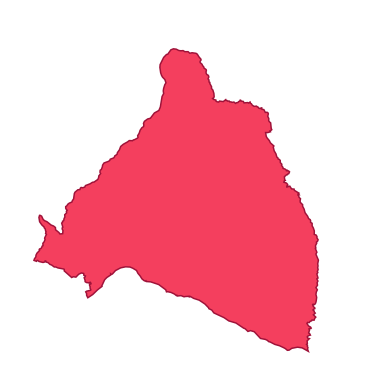 outline of Bantaeng, Sulawesi Selatan, Indonesia, rotated 11°
{"feature_id": "22746128B71175962379658", "entity_name": "Bantaeng", "entity_type": "district", "adm_level": 2, "iso_a3": "IDN", "parent_name": "Indonesia", "parent_adm1": "Sulawesi Selatan", "projection": "albers", "projection_center": [119.991, -5.472], "detail": "fine", "context": "isolated", "style": "filled", "palette": "rose", "viewbox_px": 384, "rotation_deg": 11, "n_neighbors": 0, "source": "geoboundaries", "source_scale": "gbopen_adm2", "svg_char_len": 5963}
<svg xmlns="http://www.w3.org/2000/svg" viewBox="0 0 384 384"><g transform="rotate(11 192 192)"><path d="M165.5,55.3L163.3,56.2L161.4,55.0L158.2,55.6L156.2,54.9L154.2,55.5L152.0,55.6L149.3,54.8L146.4,55.0L144.1,56.5L141.9,61.4L140.7,61.9L138.5,65.3L136.4,73.0L136.7,75.8L138.5,81.0L139.9,83.4L141.2,84.9L143.9,86.8L145.6,89.8L144.8,92.0L144.4,95.8L144.5,98.3L145.4,100.8L144.4,103.9L144.7,114.6L143.9,118.3L140.0,121.6L137.1,127.5L134.5,128.8L131.8,131.7L131.3,134.0L131.9,135.3L132.0,137.0L130.5,138.5L129.3,141.3L128.9,144.5L127.9,147.1L128.6,148.7L128.3,149.4L125.6,151.6L124.5,152.1L123.8,153.0L120.6,153.5L119.2,155.1L115.5,158.2L113.3,160.9L112.7,164.5L111.3,167.5L111.2,169.4L109.3,171.3L109.2,172.3L108.6,173.5L105.5,175.4L105.2,176.8L104.2,177.8L100.1,180.3L99.1,182.7L99.2,184.4L98.7,187.2L97.7,188.2L97.9,190.2L98.8,191.3L97.4,194.1L97.6,195.2L97.3,197.3L96.7,198.1L94.0,200.9L92.4,201.5L90.4,203.4L86.2,206.0L85.8,207.6L83.9,208.7L82.3,208.7L81.7,209.5L81.5,211.0L79.5,211.6L77.2,214.5L76.8,216.0L77.1,221.3L76.2,223.4L76.0,224.8L73.7,226.3L72.5,227.6L71.7,229.5L70.8,230.4L71.1,232.0L72.2,233.4L73.0,233.7L72.4,235.1L72.9,236.4L71.4,238.6L72.0,240.9L71.5,242.3L71.5,244.6L70.5,245.4L70.7,246.3L70.0,247.4L71.9,251.2L71.4,252.2L71.9,253.6L72.7,254.4L73.0,257.6L70.4,258.4L69.0,257.1L65.3,255.1L64.7,252.9L62.6,251.8L60.0,251.3L55.2,248.8L52.8,248.3L51.1,247.3L49.0,244.4L47.5,243.9L46.8,244.0L46.6,246.2L48.1,250.3L50.9,253.0L53.5,254.6L53.8,255.4L54.8,256.0L55.9,258.5L56.3,258.8L56.2,260.7L57.2,261.3L56.2,265.0L56.2,265.7L56.8,266.5L56.4,269.0L55.4,270.8L56.0,273.1L55.3,273.6L54.9,275.5L54.2,276.6L53.2,277.0L53.0,277.7L53.5,278.5L51.5,281.6L50.9,283.8L51.1,285.5L50.1,287.6L49.9,289.3L52.6,289.7L52.8,288.9L53.6,288.6L55.1,289.4L59.2,289.6L61.2,288.6L61.0,287.7L61.6,287.6L62.4,288.6L64.3,288.8L66.4,290.2L68.0,290.4L71.1,291.9L72.7,291.6L74.8,292.1L80.9,292.1L81.4,292.4L81.6,293.8L90.2,298.9L91.7,297.8L94.3,297.7L96.5,294.3L98.9,292.6L101.2,292.6L101.8,294.5L103.4,294.8L103.2,295.9L102.5,296.7L103.8,298.9L104.2,300.4L105.6,301.0L108.0,300.9L109.3,300.0L110.3,300.9L110.2,301.7L109.0,302.0L109.3,303.3L110.2,304.6L110.2,305.7L111.2,307.0L111.2,307.8L107.4,309.5L106.7,310.3L107.9,311.8L108.3,313.6L109.9,315.7L114.1,311.6L118.0,306.0L121.7,301.8L121.4,301.3L123.0,294.8L124.7,292.2L128.1,288.9L127.8,287.9L128.5,288.3L129.5,287.7L131.9,283.7L136.4,280.1L141.1,278.1L145.5,277.5L148.4,278.1L152.5,279.6L154.5,282.2L157.1,284.3L159.4,286.8L161.8,288.1L163.2,288.4L163.7,287.9L164.3,288.6L168.6,288.1L177.0,289.2L184.9,293.0L186.0,294.9L187.2,294.5L190.6,294.6L194.2,295.5L196.3,296.6L196.8,296.2L197.4,296.9L201.0,295.8L204.1,296.4L204.2,297.0L204.2,296.4L205.3,295.9L209.4,294.8L209.9,295.1L209.4,295.4L210.4,295.5L210.0,295.3L210.0,294.9L210.5,294.9L213.9,296.1L219.7,296.8L226.1,299.5L230.4,302.5L230.8,303.3L233.9,304.1L236.5,306.5L247.4,309.2L252.7,311.5L260.1,312.2L268.7,315.8L270.3,316.1L273.5,318.2L275.9,316.9L279.8,317.3L287.2,322.7L292.2,322.7L294.1,323.2L296.0,324.3L297.2,324.3L302.4,325.8L307.2,326.2L311.6,327.3L313.5,327.9L315.8,329.2L317.5,328.7L319.8,326.4L325.2,324.2L329.9,324.0L336.6,326.2L335.4,324.2L335.5,322.6L334.7,321.6L334.6,320.5L333.5,319.7L334.2,318.9L333.4,316.2L335.2,313.5L333.5,313.4L332.8,312.3L332.9,311.7L334.5,310.3L335.5,309.9L334.5,308.6L333.4,308.1L333.7,305.1L332.9,304.1L333.4,303.6L334.7,303.4L335.0,302.9L334.2,302.0L331.9,301.2L329.9,299.1L330.3,298.0L331.9,297.9L332.5,296.6L334.0,295.6L334.2,294.8L336.3,294.5L336.6,292.6L337.4,291.2L334.6,289.4L336.1,287.4L334.9,286.4L334.6,285.5L333.3,284.7L333.9,283.7L334.8,283.1L334.8,282.5L332.9,281.2L331.9,279.6L332.3,279.0L333.2,279.4L334.0,278.8L334.6,277.3L334.7,275.4L334.5,271.7L333.2,268.9L333.1,266.5L333.7,264.1L331.9,262.2L333.0,259.5L332.1,257.2L332.6,255.4L331.2,253.6L331.2,253.1L332.1,252.4L330.2,248.6L330.9,247.1L330.2,246.1L330.6,244.1L329.8,242.3L329.8,240.5L329.1,238.6L329.1,234.8L325.7,229.7L325.5,229.0L326.1,227.3L323.9,224.0L324.3,223.3L323.8,222.6L323.5,220.9L324.2,218.4L323.7,217.5L324.7,216.2L324.9,214.8L323.4,213.2L323.2,211.9L322.1,210.6L320.1,210.3L319.5,206.9L318.0,204.2L316.4,202.3L315.9,199.8L314.2,199.2L313.9,197.5L313.3,196.6L311.5,195.8L310.1,193.7L306.9,190.7L305.3,187.4L303.3,184.9L303.0,183.3L300.3,181.5L299.8,180.1L299.8,177.9L298.1,176.8L297.4,175.2L296.5,174.7L296.6,174.2L297.4,174.1L296.6,173.5L297.2,172.7L292.6,171.0L291.9,170.5L291.7,169.7L289.1,169.9L286.9,167.6L284.2,169.0L283.9,168.2L284.7,166.9L284.3,166.2L283.0,165.2L280.3,164.8L280.6,163.1L281.3,162.8L280.5,161.9L279.8,159.4L281.6,157.0L282.4,156.8L282.7,155.9L283.5,155.5L283.9,153.6L282.8,152.9L282.0,153.0L281.5,152.5L280.7,153.0L280.5,152.5L278.9,151.7L276.9,151.5L276.6,150.5L274.8,148.7L274.9,147.6L273.1,146.3L272.6,144.2L271.6,143.4L270.3,143.2L269.8,142.1L268.6,141.5L267.1,138.5L264.8,135.9L263.2,132.4L263.6,131.2L259.6,128.8L258.1,126.8L255.3,124.5L254.3,123.3L252.9,119.6L255.1,119.2L257.5,117.9L256.8,117.2L258.3,115.9L258.4,115.4L257.7,114.7L256.0,109.1L254.7,108.4L253.7,107.4L253.4,105.3L251.9,103.2L252.0,100.8L251.7,100.0L250.5,99.4L248.8,99.9L246.8,97.4L244.9,97.5L244.4,96.1L243.7,96.3L243.1,97.1L241.5,96.9L240.4,95.9L239.6,95.9L239.0,95.4L236.5,96.1L234.5,95.2L233.5,94.1L232.5,93.7L231.8,92.6L230.7,93.9L229.6,93.6L226.1,94.6L225.1,93.3L223.0,93.4L222.4,92.7L221.8,92.6L221.5,93.7L220.5,94.4L220.0,95.4L218.6,95.9L217.8,96.7L216.0,95.7L214.1,96.4L213.2,96.1L211.8,96.3L211.1,95.6L209.7,96.0L208.8,95.5L208.0,95.7L207.5,94.9L205.4,97.3L201.7,97.5L201.0,98.6L199.5,98.7L198.1,98.1L197.9,97.2L195.4,97.0L194.4,96.2L195.1,95.8L195.6,94.4L194.7,91.1L193.0,87.9L191.4,86.7L191.1,84.9L188.8,82.1L188.6,81.0L187.8,80.8L187.2,78.7L186.4,78.2L186.2,77.5L186.6,75.9L185.8,74.4L184.1,73.8L183.2,72.7L182.8,71.2L183.0,70.3L182.5,69.1L180.2,68.1L179.7,67.0L178.2,65.8L177.5,64.7L175.3,63.4L175.0,62.2L175.6,61.1L175.5,60.0L172.9,57.9L170.9,55.7L169.5,55.1L165.5,55.3Z" fill="#f43f5e" stroke="#9f1239" stroke-width="1.5"/></g></svg>